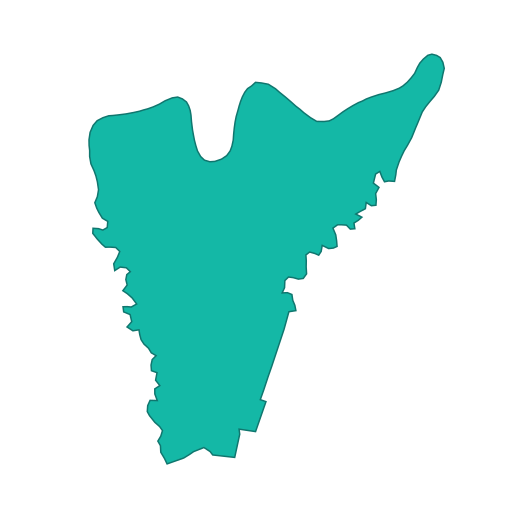 Palmitos, Santa Catarina, Brazil, rotated 184°
{"feature_id": "56859067B46835059259236", "entity_name": "Palmitos", "entity_type": "district", "adm_level": 2, "iso_a3": "BRA", "parent_name": "Brazil", "parent_adm1": "Santa Catarina", "projection": "albers", "projection_center": [-53.188, -27.082], "detail": "fine", "context": "isolated", "style": "filled", "palette": "teal", "viewbox_px": 512, "rotation_deg": 184, "n_neighbors": 0, "source": "geoboundaries", "source_scale": "gbopen_adm2", "svg_char_len": 3160}
<svg xmlns="http://www.w3.org/2000/svg" viewBox="0 0 512 512"><g transform="rotate(184 256 256)"><path d="M123.0,340.1L122.2,346.9L122.0,351.6L119.8,360.0L117.7,365.9L115.5,371.4L112.6,377.0L109.0,384.8L107.2,390.3L105.7,395.0L104.2,399.3L102.0,405.9L100.2,411.3L97.1,416.8L93.4,422.1L89.3,427.6L85.3,434.2L83.3,442.3L82.3,450.2L81.3,456.3L83.1,462.3L86.1,466.8L89.8,468.7L94.6,469.6L98.6,468.2L102.8,464.1L106.0,459.9L108.1,455.5L110.5,449.2L113.8,444.3L117.2,439.9L121.3,435.9L124.8,433.4L130.7,430.5L138.4,427.6L144.7,425.6L152.3,422.5L157.0,420.3L160.7,418.0L164.6,416.1L169.5,413.0L174.8,409.3L179.3,405.9L184.1,401.8L188.3,398.3L192.3,395.9L197.5,394.9L204.8,394.5L211.3,397.8L218.2,402.2L222.4,405.4L226.8,408.3L231.8,412.2L238.0,416.8L243.9,420.9L248.2,424.2L255.7,428.2L262.6,429.0L268.6,429.2L272.3,425.3L276.1,422.4L278.6,418.6L280.7,413.8L282.2,409.0L283.3,404.4L284.2,399.8L285.5,393.7L286.2,388.1L286.6,382.3L286.8,375.9L286.8,369.9L287.7,363.8L289.1,359.0L292.2,354.1L297.2,350.2L303.6,347.5L308.6,346.8L314.1,348.0L318.2,351.4L321.7,356.7L323.8,362.1L325.5,367.2L326.8,372.1L328.1,377.2L329.7,385.4L330.7,392.0L331.8,396.6L333.7,401.1L336.1,404.8L340.4,407.6L345.2,409.1L350.6,407.9L357.5,404.5L362.9,400.8L368.9,397.6L374.4,395.2L378.5,393.8L382.3,392.3L388.1,390.6L395.4,388.7L402.9,387.2L408.5,386.2L412.7,385.6L418.3,383.3L423.9,379.9L427.6,374.9L430.1,367.8L430.7,360.3L430.2,354.6L429.3,349.6L428.9,343.7L427.1,336.4L423.5,329.8L421.2,324.5L419.4,318.9L417.7,311.1L418.4,304.1L420.5,297.9L418.2,292.6L415.8,288.5L411.9,283.0L406.3,280.2L406.4,274.0L410.6,271.2L415.0,272.3L420.5,272.3L420.4,267.2L415.6,261.9L410.6,257.1L406.9,254.3L401.9,254.7L396.5,254.7L392.2,251.0L394.2,245.0L397.4,238.3L395.9,231.6L390.7,235.5L384.5,235.2L380.3,231.6L383.6,228.4L384.2,223.4L382.5,218.1L386.4,212.1L381.7,209.4L376.6,205.5L371.7,199.8L376.9,196.4L381.0,196.5L385.1,196.1L384.1,191.0L377.5,188.8L375.4,181.8L379.7,176.2L373.6,172.8L367.6,174.2L366.5,169.5L364.8,164.5L361.6,160.3L356.8,156.5L353.7,152.1L348.7,149.6L352.3,145.5L353.1,139.9L352.3,134.3L346.6,132.7L347.5,125.1L342.9,120.0L347.7,116.4L347.3,111.3L344.4,104.9L351.6,104.6L353.6,99.2L353.6,93.2L351.1,89.3L345.3,83.0L340.2,79.1L337.1,75.3L338.4,69.7L341.0,64.5L338.1,60.1L337.3,53.6L333.2,47.7L330.2,42.4L313.9,49.5L308.2,53.6L304.6,56.5L294.6,61.3L288.1,57.7L285.3,54.5L263.2,53.6L259.8,77.1L260.8,82.1L244.2,80.8L242.0,88.9L235.9,111.4L241.7,113.0L238.9,123.1L235.5,136.5L232.7,146.7L222.9,184.9L219.3,202.7L212.4,204.3L213.8,209.5L216.2,214.3L217.5,220.1L222.1,221.6L227.3,221.0L225.3,226.4L225.5,233.5L222.1,237.3L217.3,237.0L212.1,235.9L207.3,236.9L204.3,241.7L205.2,248.6L205.5,254.6L206.3,260.5L202.8,263.7L197.4,262.6L193.5,261.2L191.3,265.1L190.7,271.2L184.0,268.5L179.4,269.3L175.8,271.2L176.6,276.6L177.9,282.6L181.2,289.2L176.8,292.8L172.8,293.1L167.9,293.1L163.8,289.4L159.3,290.1L160.6,295.7L156.5,298.7L153.1,302.1L159.4,304.8L155.5,307.5L150.2,310.8L149.8,317.1L144.4,314.2L139.9,315.0L139.9,320.6L141.0,326.6L138.1,333.0L144.0,336.9L142.4,346.1L138.4,349.0L135.8,343.4L133.0,339.0L128.9,340.1L123.0,340.1Z" fill="#14b8a6" stroke="#0f766e" stroke-width="1.5"/></g></svg>